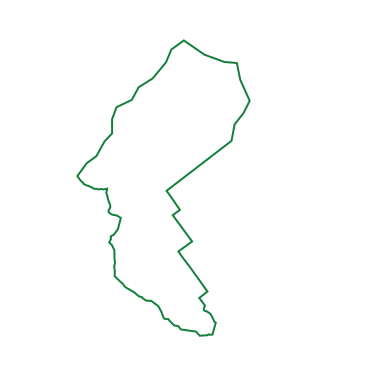 outline of Suame Municipal, Ashanti, Ghana, rotated 234°
{"feature_id": "2480657B48966175900279", "entity_name": "Suame Municipal", "entity_type": "district", "adm_level": 2, "iso_a3": "GHA", "parent_name": "Ghana", "parent_adm1": "Ashanti", "projection": "natural_earth1", "projection_center": [-1.672, 6.735], "detail": "fine", "context": "isolated", "style": "outline", "palette": "green", "viewbox_px": 384, "rotation_deg": 234, "n_neighbors": 0, "source": "geoboundaries", "source_scale": "gbopen_adm2", "svg_char_len": 2045}
<svg xmlns="http://www.w3.org/2000/svg" viewBox="0 0 384 384"><g transform="rotate(234 192 192)"><path d="M169.4,79.9L161.6,81.3L159.8,81.7L158.1,82.1L154.5,82.0L148.5,84.6L144.7,86.4L141.6,87.0L138.6,87.8L136.6,89.6L135.3,89.6L132.4,90.6L131.2,91.0L129.5,93.0L128.0,95.0L119.5,97.6L113.6,96.9L107.0,95.1L106.3,95.1L105.7,95.2L102.9,98.2L100.3,98.2L97.4,98.7L94.5,99.2L91.6,102.0L87.4,102.2L82.1,107.6L76.8,113.2L71.1,113.8L68.8,117.6L67.1,120.2L67.1,120.9L67.1,121.6L65.8,122.8L64.6,124.8L69.7,131.1L72.3,134.4L72.7,134.4L73.0,134.2L73.3,134.0L73.9,133.9L74.7,134.0L76.7,134.4L78.6,134.8L79.8,135.0L81.0,135.1L82.3,135.3L83.1,135.1L83.8,134.9L84.5,134.6L85.4,134.3L86.1,134.1L86.6,133.8L87.2,133.4L87.7,132.8L88.4,132.4L89.1,132.3L90.0,132.5L90.7,132.9L92.5,135.7L102.0,135.6L102.4,146.0L131.1,146.2L146.7,145.9L151.9,146.1L151.9,163.0L184.6,162.8L184.6,171.7L199.9,172.1L207.9,172.1L210.2,254.1L221.6,266.2L225.7,280.4L231.9,292.3L254.5,297.0L270.0,304.1L278.2,294.6L295.7,282.8L319.4,274.5L319.4,259.1L312.2,247.2L307.0,227.0L308.1,210.4L301.9,197.4L305.0,180.8L297.8,170.1L286.4,161.8L284.4,151.1L277.2,135.7L277.2,123.8L272.3,108.7L271.4,108.5L268.9,108.6L266.4,108.6L264.8,109.0L263.6,109.2L263.4,109.3L263.0,109.2L262.4,109.1L261.9,109.3L260.1,110.1L259.2,110.7L257.8,111.8L256.9,112.3L255.7,113.0L255.1,113.4L254.6,113.6L252.6,114.4L252.1,114.7L251.8,114.9L250.7,116.7L250.2,117.0L249.0,117.9L247.9,120.3L246.4,121.5L245.8,122.5L244.6,125.2L243.4,124.2L242.6,123.2L241.9,122.3L240.9,121.9L238.8,121.3L236.9,120.4L235.8,120.0L234.6,119.5L233.6,119.2L231.2,118.6L229.6,118.1L228.5,117.4L227.5,116.8L226.8,115.1L225.8,113.3L225.1,113.0L224.4,112.7L220.7,114.0L217.4,117.2L214.1,118.7L213.0,119.2L211.9,118.0L210.0,115.7L206.3,111.2L205.6,110.3L205.3,109.3L204.9,108.4L204.4,106.8L203.4,103.7L203.4,103.3L203.9,100.2L201.7,98.9L199.9,95.4L195.9,96.0L195.0,95.8L190.5,95.0L189.3,94.1L183.1,89.8L181.6,89.0L180.1,88.3L177.4,85.1L174.7,83.8L173.7,83.2L172.7,82.7L171.5,81.7L169.4,79.9Z" fill="none" stroke="#15803d" stroke-width="2"/></g></svg>